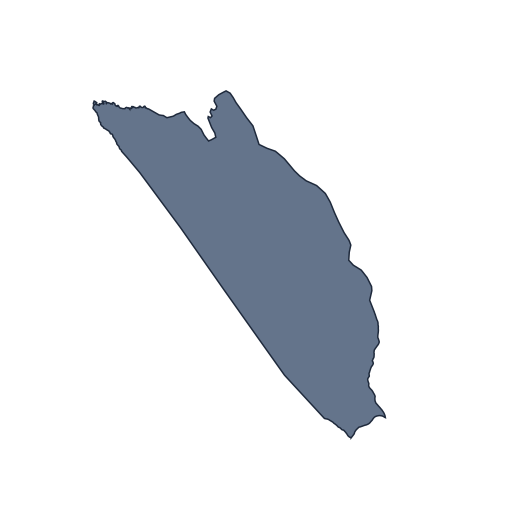 Des Barras/Cacolie, Dauphin, Saint Lucia (Mercator projection), rotated 248°
{"feature_id": "8701671B32853593869516", "entity_name": "Des Barras/Cacolie", "entity_type": "district", "adm_level": 2, "iso_a3": "LCA", "parent_name": "Saint Lucia", "parent_adm1": "Dauphin", "projection": "mercator", "projection_center": [-60.901, 14.018], "detail": "fine", "context": "isolated", "style": "filled", "palette": "slate", "viewbox_px": 512, "rotation_deg": 248, "n_neighbors": 0, "source": "geoboundaries", "source_scale": "gbopen_adm2", "svg_char_len": 6014}
<svg xmlns="http://www.w3.org/2000/svg" viewBox="0 0 512 512"><g transform="rotate(248 256 256)"><path d="M57.7,315.4L59.8,315.8L61.7,315.8L63.1,315.7L64.9,315.3L65.6,315.2L67.0,314.8L67.9,314.4L68.5,314.3L71.2,313.3L72.5,312.9L73.6,312.5L73.9,312.4L74.6,312.1L75.6,312.1L76.9,312.1L78.1,312.4L79.3,312.8L80.3,313.3L80.9,313.7L81.5,313.9L82.1,313.9L83.2,313.9L85.1,313.6L86.0,313.5L86.5,313.5L88.2,313.1L90.2,312.3L91.4,311.9L92.4,311.8L93.2,311.8L93.8,312.0L94.2,312.2L94.8,312.5L95.3,312.8L96.0,312.9L96.7,312.9L97.3,312.9L98.2,313.0L98.9,313.1L99.4,313.2L99.8,313.4L100.1,313.5L100.5,313.8L100.8,314.2L101.3,314.8L101.9,315.8L102.6,316.2L102.8,316.2L103.5,316.4L104.1,316.6L104.8,316.8L105.4,317.4L105.8,317.8L106.8,318.5L107.9,319.5L108.7,320.1L109.5,320.9L110.0,321.4L110.4,321.9L110.4,322.1L111.5,323.7L112.2,324.3L112.5,324.5L113.0,324.6L113.9,324.8L114.3,324.6L115.1,324.6L115.6,324.8L116.1,325.5L116.9,326.1L117.1,326.5L117.6,327.1L118.2,327.6L119.1,328.0L121.2,329.0L121.5,329.0L122.0,329.1L122.7,329.4L123.7,330.0L124.3,330.3L124.6,330.6L125.4,331.8L125.5,331.9L126.5,333.5L127.4,334.9L127.9,335.8L128.6,336.7L129.3,337.4L129.9,337.9L130.4,338.1L130.8,338.2L132.2,338.3L133.1,338.4L134.2,338.4L134.9,338.4L136.0,338.9L136.7,339.2L139.5,340.8L140.9,341.5L142.0,341.9L143.2,342.3L144.1,342.7L145.0,343.1L146.6,343.4L147.8,343.9L148.8,344.2L150.1,344.3L151.9,344.2L153.1,344.3L154.6,344.4L156.2,344.5L156.8,344.6L157.6,344.6L159.0,344.6L159.5,344.7L172.4,344.8L180.4,350.4L184.4,351.7L184.6,351.7L194.5,350.9L203.5,348.3L211.0,342.8L217.3,340.4L224.6,343.9L230.6,348.0L233.8,348.1L235.7,348.1L244.7,346.4L256.5,345.4L266.8,345.0L278.0,345.0L279.8,344.8L288.0,343.7L298.6,338.6L306.9,330.7L314.0,326.4L320.6,323.5L335.5,318.7L345.9,313.2L351.7,306.6L358.3,300.6L366.7,301.2L377.8,301.9L387.7,299.1L398.1,296.8L405.8,294.9L411.3,294.2L416.7,293.0L420.3,290.1L420.1,287.4L419.5,282.0L417.7,276.7L415.3,275.2L409.5,275.8L407.2,273.8L407.0,271.3L409.1,269.7L406.7,267.4L402.3,267.7L401.3,265.7L403.2,264.0L401.9,263.1L391.7,263.0L385.5,263.9L381.1,263.2L380.5,258.2L380.4,255.1L384.6,253.9L387.7,253.1L394.0,252.6L398.1,250.9L401.9,248.1L406.4,245.8L410.1,244.7L413.7,243.8L416.5,243.6L417.2,240.5L417.0,238.5L417.2,235.2L416.6,231.8L416.8,230.3L417.6,225.2L419.7,223.6L420.9,222.8L422.1,220.6L423.1,219.0L423.5,218.7L432.6,211.5L433.3,210.4L434.2,209.9L434.7,209.5L434.7,209.1L435.0,208.9L435.4,209.2L435.6,209.2L436.3,209.2L436.7,208.7L436.6,208.0L436.3,207.6L436.1,207.3L436.1,206.5L436.4,205.9L436.9,205.3L437.5,205.0L438.1,204.9L438.5,204.1L438.4,203.7L437.9,203.4L437.4,203.1L437.4,202.8L437.9,202.1L438.0,200.9L438.1,200.5L438.5,199.7L439.4,199.3L439.4,198.9L439.6,198.5L440.0,198.3L440.4,198.2L440.6,197.9L440.7,197.5L441.1,197.0L441.1,196.8L439.9,196.8L439.9,196.2L439.6,195.9L439.7,195.5L439.5,195.2L440.1,195.1L440.5,194.7L440.5,194.0L440.4,193.8L439.9,193.7L440.2,193.6L440.9,193.3L441.3,193.1L441.3,192.5L442.1,191.9L442.3,191.6L442.3,191.0L442.2,190.3L441.7,189.8L441.7,189.6L442.3,188.2L442.7,187.4L443.4,186.6L443.8,185.8L444.3,185.4L445.2,185.0L445.8,184.8L446.6,184.8L447.3,184.5L447.4,184.2L447.4,183.7L446.7,183.5L446.8,183.1L447.2,182.8L447.9,182.2L448.6,182.0L449.6,182.0L450.1,182.1L450.2,181.9L450.5,181.6L450.8,181.7L451.2,181.5L451.6,181.3L451.8,180.9L451.7,180.2L451.3,179.7L450.8,179.5L451.3,179.1L451.6,178.7L451.4,178.3L452.0,178.0L452.7,177.4L453.5,176.3L453.8,175.9L453.7,174.9L453.4,174.3L453.6,174.3L453.8,174.4L454.0,174.7L454.3,174.9L454.8,174.9L455.3,174.7L456.0,174.2L456.1,173.0L456.2,172.8L457.2,172.0L457.1,171.4L456.8,171.3L456.4,171.3L455.9,171.4L455.5,171.7L454.5,172.0L454.1,171.9L454.0,171.6L454.3,171.1L455.1,170.7L455.3,169.5L455.0,168.7L455.1,168.4L455.8,167.9L455.6,167.5L455.4,167.5L454.6,167.4L454.3,167.0L454.7,166.4L455.7,165.7L455.8,165.0L456.2,164.7L456.7,164.4L456.9,164.1L457.4,165.0L457.5,165.7L457.8,165.8L458.1,165.6L460.1,164.3L460.3,163.9L459.0,163.0L458.7,162.5L458.0,162.2L457.3,162.4L456.7,162.7L456.3,162.4L456.1,161.5L455.0,160.9L454.5,160.4L453.7,160.3L451.0,161.3L449.9,161.4L448.3,162.2L446.8,162.0L444.3,162.1L443.7,162.0L443.1,161.9L442.2,161.5L440.8,161.2L440.2,161.0L439.7,161.1L439.2,161.2L439.0,161.3L438.5,161.6L437.8,161.9L437.0,161.5L436.1,161.3L434.8,161.6L433.7,162.1L432.7,162.7L432.3,162.8L431.8,162.7L431.3,163.0L431.0,163.4L430.4,163.9L429.6,164.5L429.1,164.8L428.0,165.6L427.7,165.9L427.3,166.2L427.0,166.4L425.9,166.6L425.4,166.9L424.6,166.8L424.1,166.8L423.7,167.0L423.3,167.7L423.0,168.1L422.7,168.3L422.0,168.4L421.0,168.3L420.6,168.3L420.3,168.1L419.8,168.2L419.2,168.4L418.6,168.5L417.8,168.8L417.3,168.9L416.6,169.0L416.4,169.0L415.9,169.1L414.9,169.0L414.4,169.1L413.7,169.2L413.4,169.3L413.2,169.2L412.6,169.0L411.5,169.0L411.2,169.2L410.4,169.4L409.1,169.9L408.7,170.0L408.3,169.9L407.5,169.8L407.0,169.8L405.9,170.0L405.5,170.3L404.7,170.7L404.0,170.8L403.8,170.7L403.4,170.6L395.6,173.4L377.1,179.4L310.6,196.6L236.4,213.7L176.8,227.8L134.8,237.8L79.7,258.6L79.4,259.1L78.7,260.0L78.4,260.6L78.1,261.1L77.7,261.5L77.3,261.9L76.9,262.3L76.4,262.6L75.3,263.4L74.8,263.8L74.2,264.2L73.8,264.6L73.3,264.9L72.8,265.2L72.2,265.4L71.7,265.6L70.7,266.3L69.5,267.0L68.5,267.5L67.4,267.9L66.8,268.1L66.3,268.5L65.9,268.9L65.5,269.3L65.1,269.6L64.5,269.9L64.0,270.1L63.3,270.3L62.7,270.7L62.3,271.1L62.0,271.6L61.6,272.1L60.4,272.5L59.2,273.0L58.0,273.3L56.9,273.6L56.3,273.7L55.0,273.9L54.5,274.1L54.0,274.3L53.4,274.7L53.0,274.9L52.0,276.1L51.7,276.0L53.5,279.1L54.2,280.2L54.3,280.4L54.6,280.6L55.0,281.0L55.5,281.3L55.9,281.7L56.4,282.4L56.9,283.2L57.2,283.6L57.3,283.8L58.7,287.2L58.7,287.4L58.7,287.9L58.5,288.6L58.3,293.7L58.1,294.6L58.1,296.8L58.2,297.1L58.2,297.4L58.3,297.9L58.6,298.9L58.8,299.3L59.5,300.6L60.0,301.7L60.5,302.6L61.2,303.5L61.8,304.6L62.1,305.2L62.3,305.9L62.4,307.0L62.4,307.6L62.4,307.9L62.1,309.6L61.8,310.7L61.5,311.3L61.4,311.5L61.1,312.0L60.6,312.8L60.5,313.1L60.3,313.3L59.7,313.8L59.2,314.2L59.0,314.4L58.3,314.8L57.7,315.4Z" fill="#64748b" stroke="#1e293b" stroke-width="1.5"/></g></svg>